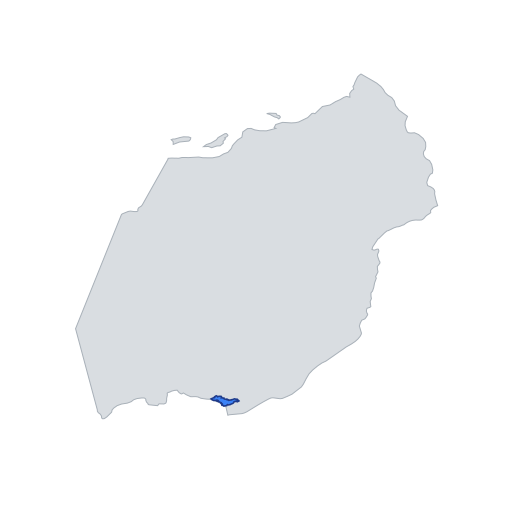 Buhigwe, Kigoma, United Republic of Tanzania shown in context, rotated 255°
{"feature_id": "72390352B43433883631580", "entity_name": "Buhigwe", "entity_type": "district", "adm_level": 2, "iso_a3": "TZA", "parent_name": "United Republic of Tanzania", "parent_adm1": "Kigoma", "projection": "equal_earth", "projection_center": [29.939, -4.477], "detail": "fine", "context": "in_parent", "style": "filled", "palette": "blue", "viewbox_px": 512, "rotation_deg": 255, "n_neighbors": 0, "source": "geoboundaries", "source_scale": "gbopen_adm2", "svg_char_len": 7503}
<svg xmlns="http://www.w3.org/2000/svg" viewBox="0 0 512 512"><g transform="rotate(255 256 256)"><path d="M203.5,366.5L199.2,363.5L195.2,361.6L192.0,359.5L190.6,357.5L187.5,356.7L184.9,356.4L182.5,354.5L177.4,353.8L176.9,352.6L176.8,349.8L175.9,349.1L174.1,348.3L172.2,348.4L171.0,348.8L170.3,348.6L168.6,346.9L167.1,344.9L166.6,341.5L164.3,339.4L161.6,337.7L154.3,337.9L153.2,337.4L151.4,335.7L149.4,332.9L147.8,329.7L146.3,325.4L144.8,319.6L136.4,296.4L135.6,292.0L133.9,287.1L131.2,281.2L128.4,276.7L124.5,272.7L120.1,268.7L117.8,266.0L113.2,255.0L112.3,249.9L111.6,244.6L111.9,242.4L114.7,235.6L115.0,233.7L114.6,231.1L113.3,225.6L111.5,219.0L107.9,206.9L107.4,203.9L107.4,201.6L109.5,189.4L109.5,187.6L118.0,187.9L124.1,182.5L129.5,174.5L130.6,171.1L132.8,166.0L134.9,163.4L135.7,161.6L137.0,156.5L139.8,153.0L142.5,150.4L142.0,148.5L142.4,147.8L143.9,146.4L146.8,145.1L147.3,142.5L147.3,139.4L146.9,137.7L146.9,135.7L146.5,134.7L144.6,134.4L141.8,132.9L139.4,132.2L137.8,131.3L137.2,130.7L136.9,128.8L138.3,124.1L136.9,122.2L139.9,114.4L140.4,113.5L141.5,113.4L143.2,112.5L144.8,112.2L146.0,112.5L147.0,112.1L147.8,111.3L148.5,108.6L149.1,104.2L148.8,100.6L147.6,97.8L147.2,93.6L147.8,87.9L147.4,83.2L146.0,79.4L144.6,77.2L142.5,76.1L139.2,70.3L138.2,67.5L138.4,65.8L139.5,65.0L141.6,65.3L143.6,64.6L145.5,63.1L147.3,62.6L148.3,62.9L232.5,62.9L330.9,136.8L331.3,137.7L332.1,144.1L331.9,146.3L330.4,149.9L329.9,151.9L329.9,153.2L330.3,153.7L331.6,153.9L332.7,154.8L333.1,155.5L333.9,158.2L335.0,159.6L372.2,195.9L373.1,196.4L372.5,199.5L370.4,206.8L370.3,209.9L369.4,213.5L368.6,215.9L366.4,226.3L364.6,230.2L362.1,239.3L361.6,246.2L363.0,251.1L363.4,255.7L366.3,260.1L368.6,261.7L370.1,263.8L372.9,268.4L374.4,273.1L379.3,275.4L381.3,280.7L380.5,284.3L378.2,287.3L376.0,292.1L374.2,298.5L374.1,308.2L375.3,306.7L377.9,309.1L378.2,316.3L375.4,324.6L374.6,328.5L374.4,331.8L376.3,341.8L379.2,346.9L379.0,348.5L378.2,349.8L383.2,358.8L382.7,366.6L384.5,372.7L385.3,377.9L386.5,382.0L386.7,384.8L385.1,387.8L388.8,388.6L390.9,391.1L391.9,393.6L394.6,393.5L396.0,395.1L398.1,396.5L402.7,400.5L403.9,402.6L404.6,404.5L391.8,417.3L387.2,420.6L383.9,422.1L380.4,423.0L377.1,425.0L373.9,428.1L369.9,429.7L365.0,429.7L359.8,431.9L351.7,438.5L347.0,434.9L343.3,433.7L339.1,433.8L336.5,434.3L335.6,435.1L334.7,437.3L334.0,441.0L331.2,444.5L326.3,447.9L321.8,449.2L317.7,448.3L314.9,446.9L313.5,445.0L311.3,444.1L308.5,444.2L305.8,445.6L303.2,448.3L299.0,449.4L293.4,449.1L290.3,447.8L289.9,445.6L287.5,443.0L282.9,440.0L279.6,440.0L277.4,442.8L275.4,444.6L273.7,445.3L272.1,445.4L269.8,444.6L263.5,444.3L257.6,444.5L257.0,440.3L255.8,437.8L254.7,436.3L252.7,436.0L252.1,434.8L251.4,432.3L250.4,430.1L249.1,428.3L248.3,426.6L248.0,425.1L248.3,423.4L249.5,419.2L249.9,416.3L249.8,413.3L249.2,410.3L247.8,406.7L247.9,405.6L247.5,403.2L247.4,401.5L247.7,399.3L247.5,396.5L246.3,390.5L246.3,388.9L245.0,386.0L241.1,379.1L240.9,378.2L234.7,371.2L232.3,369.7L231.4,371.0L231.0,372.2L231.3,374.4L231.1,375.5L230.8,376.0L229.4,376.0L228.5,375.7L226.1,373.8L224.3,373.4L219.7,373.7L218.1,374.2L216.9,373.7L214.5,370.5L211.7,369.9L209.1,369.7L205.0,366.1L203.5,366.5ZM380.2,250.0L382.2,257.7L381.9,259.1L380.4,260.0L379.7,260.1L378.8,258.8L378.2,256.2L377.1,256.9L375.2,253.8L373.4,253.6L371.7,249.9L372.4,246.7L372.1,241.2L374.1,238.4L375.2,233.6L376.5,236.9L376.8,241.9L378.5,247.9L380.2,250.0ZM390.3,204.2L390.5,206.0L390.0,207.7L390.1,213.2L389.9,216.8L388.4,221.8L387.1,223.6L386.0,223.1L385.1,222.3L384.4,220.9L385.9,211.7L385.2,204.9L388.0,205.6L390.3,204.2ZM385.4,315.0L384.0,315.5L383.4,315.1L382.5,313.5L384.1,312.3L385.6,309.8L389.1,306.1L390.8,303.2L390.5,306.0L388.5,312.3L386.8,312.7L385.4,315.0Z" fill="#d9dde1" stroke="#a8b0b8" stroke-width="1"/><path d="M129.5,186.0L129.5,185.9L129.7,185.5L129.6,185.3L129.5,185.2L129.6,184.8L129.9,184.5L130.0,184.4L130.1,184.1L130.1,183.8L130.1,183.2L129.9,182.8L129.8,182.6L130.0,182.4L130.3,182.5L130.5,182.4L130.7,182.1L131.1,181.6L131.3,181.5L131.3,181.3L131.2,181.0L131.1,180.6L130.8,179.7L130.6,179.8L130.4,179.5L130.2,179.6L129.9,179.4L129.9,178.9L130.0,178.7L130.1,178.4L130.0,178.1L130.0,177.9L129.9,177.6L129.9,177.1L129.8,176.8L129.8,176.7L129.8,176.3L129.6,175.9L129.6,175.6L129.4,175.7L129.2,175.9L129.1,176.1L128.8,176.2L128.8,176.4L128.7,176.4L128.6,176.5L128.4,176.8L128.2,176.8L128.0,177.0L127.9,177.1L127.7,177.3L127.6,177.5L127.6,177.8L127.4,177.9L127.5,178.1L127.4,178.3L127.3,178.5L127.3,178.4L127.3,178.5L127.2,178.6L127.2,178.8L127.0,179.2L127.0,179.3L127.0,179.7L127.0,179.8L127.0,180.0L126.9,180.0L126.9,180.3L127.0,180.4L126.9,180.5L126.7,180.6L126.8,180.7L126.7,180.8L126.7,181.0L126.7,181.3L126.5,181.2L126.4,181.2L126.3,181.3L126.2,181.3L126.2,181.5L126.2,181.3L126.1,181.2L126.1,181.3L125.9,181.3L125.9,181.5L125.6,181.4L125.6,181.7L125.7,181.8L125.7,182.0L125.5,181.9L125.6,182.0L125.4,182.1L125.4,181.9L125.3,182.0L125.2,182.2L124.9,182.2L124.7,182.3L124.6,182.6L124.6,182.8L124.4,183.1L124.2,183.2L124.1,183.4L124.0,183.5L123.9,183.6L123.6,183.7L123.6,183.8L123.3,183.9L123.3,184.0L123.3,183.9L123.2,183.9L123.2,184.0L123.1,183.9L123.0,184.0L122.9,184.1L122.7,184.1L122.5,184.3L122.4,184.3L122.4,184.5L122.2,184.6L122.1,184.9L122.1,185.0L121.9,185.2L121.7,185.1L121.4,185.0L121.5,184.9L121.3,184.7L121.2,184.7L120.9,184.5L120.9,184.4L120.7,184.4L120.7,184.5L120.2,185.2L120.2,185.3L120.0,185.9L119.9,185.9L119.9,186.1L119.7,186.3L119.5,186.2L119.5,186.3L119.4,186.5L119.2,186.8L119.2,187.0L119.2,187.3L119.2,187.5L119.3,187.7L119.3,187.8L119.2,188.0L119.1,188.5L119.0,188.9L119.4,189.1L119.4,189.3L119.4,189.6L119.5,189.8L119.7,189.7L119.8,189.8L119.9,190.0L119.7,190.2L119.6,190.3L119.4,190.5L119.2,190.9L119.2,191.4L119.2,191.6L119.2,191.9L119.3,191.9L119.3,192.1L119.2,192.2L119.1,192.3L119.1,192.7L119.2,192.9L119.3,192.9L119.3,193.1L119.3,193.4L119.4,193.6L119.5,193.8L119.4,194.0L119.4,194.4L119.5,194.5L119.6,195.0L119.6,195.4L119.9,196.2L120.0,196.3L120.5,196.6L120.8,196.9L120.8,197.0L120.7,197.0L120.7,197.4L120.9,197.6L121.0,197.6L121.0,197.8L120.9,198.1L121.1,198.2L121.1,198.4L121.1,198.6L121.0,198.8L121.0,198.7L120.9,198.7L120.8,198.8L120.7,198.9L120.8,199.0L120.7,199.2L120.8,199.4L120.7,199.5L120.8,199.5L121.0,199.6L121.1,199.9L121.1,200.0L120.9,200.0L120.6,200.2L120.6,200.4L120.7,200.5L120.4,200.7L120.1,200.6L120.1,200.8L120.3,200.9L120.3,201.0L120.4,201.3L120.3,201.2L120.2,201.2L120.2,201.5L120.3,201.8L120.4,201.7L120.5,201.6L120.8,201.6L121.0,201.5L121.1,201.2L121.4,201.2L121.4,201.3L121.5,201.2L121.7,201.3L121.9,201.2L122.0,201.1L122.1,201.3L122.1,201.1L122.3,201.0L122.5,200.9L122.7,200.6L122.7,200.2L122.8,200.0L122.8,199.7L123.1,199.0L123.4,198.8L123.5,198.7L123.6,198.4L123.6,198.1L123.6,197.7L123.5,197.2L123.5,196.7L123.4,196.6L123.4,196.4L123.4,195.9L123.5,195.7L123.4,195.5L123.5,195.3L123.4,195.1L123.5,194.9L123.4,194.7L123.5,194.5L123.4,194.4L123.5,194.2L123.5,193.4L123.7,193.2L123.6,192.8L123.5,192.7L123.5,192.3L123.6,192.2L123.8,192.2L124.1,192.3L124.3,192.0L124.3,191.9L124.5,191.9L124.6,191.7L124.5,190.9L124.7,190.7L124.8,190.8L124.9,191.0L125.0,191.4L125.1,191.6L125.1,191.4L125.3,191.1L125.3,190.7L125.3,190.4L125.5,190.3L125.5,190.1L125.5,189.8L125.6,189.5L125.6,189.3L125.7,189.1L125.9,188.7L126.1,188.4L126.4,188.2L126.5,188.1L126.6,188.3L126.8,188.3L127.0,188.4L127.2,188.1L127.1,187.8L127.2,187.6L127.3,187.5L127.7,186.8L127.7,186.7L127.9,186.1L128.0,186.3L128.5,186.2L128.7,186.3L128.9,186.3L129.3,186.1L129.5,186.0Z" fill="#3b82f6" stroke="#1e3a8a" stroke-width="1.5"/></g></svg>